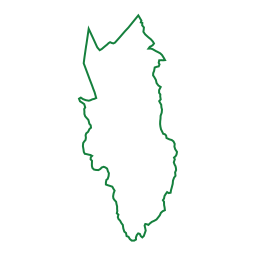 outline of Indaial, Santa Catarina, Brazil
{"feature_id": "56859067B42917214683646", "entity_name": "Indaial", "entity_type": "district", "adm_level": 2, "iso_a3": "BRA", "parent_name": "Brazil", "parent_adm1": "Santa Catarina", "projection": "equal_earth", "projection_center": [-49.223, -26.996], "detail": "fine", "context": "isolated", "style": "outline", "palette": "green", "viewbox_px": 256, "rotation_deg": 0, "n_neighbors": 0, "source": "geoboundaries", "source_scale": "gbopen_adm2", "svg_char_len": 2883}
<svg xmlns="http://www.w3.org/2000/svg" viewBox="0 0 256 256"><path d="M131.7,240.6L134.2,240.6L136.0,239.5L135.9,237.5L136.8,235.1L138.2,233.4L139.8,233.9L140.8,236.1L142.3,237.4L143.8,236.0L144.8,233.2L145.7,230.6L145.2,228.1L144.6,225.6L145.3,224.0L147.0,224.3L148.4,224.9L149.7,223.6L151.8,221.9L154.2,220.8L156.5,219.5L158.1,217.5L159.8,215.3L160.9,212.8L162.7,211.2L164.9,210.2L164.6,207.5L164.1,205.1L164.0,201.8L162.9,200.2L164.0,198.6L164.5,196.0L165.6,194.2L167.1,192.1L168.7,193.1L170.6,192.7L171.0,190.2L171.6,188.1L172.7,183.9L173.0,180.6L174.1,177.6L175.5,175.8L175.1,172.4L176.1,170.1L175.9,168.0L175.5,166.2L174.6,164.6L173.8,162.3L174.8,159.3L174.0,157.6L175.5,156.3L176.5,154.6L177.0,151.9L175.2,149.2L174.4,146.6L174.7,143.9L173.5,141.4L171.7,140.0L169.5,139.4L166.5,138.0L166.1,135.5L164.8,134.2L163.2,133.8L162.1,131.5L161.0,129.3L160.4,126.5L160.1,124.0L160.2,121.2L160.5,118.7L160.6,115.8L161.7,112.7L162.0,109.6L161.4,107.3L161.2,104.7L160.0,102.7L159.2,101.1L160.7,99.4L160.2,96.4L160.3,94.4L159.1,92.8L159.1,90.1L160.7,87.0L158.4,85.5L156.6,83.1L155.9,80.0L154.4,77.3L153.1,75.4L153.2,73.1L154.1,70.9L154.7,67.5L156.7,66.8L158.7,66.4L159.5,64.4L158.7,62.8L159.2,60.3L161.5,60.2L163.1,60.3L165.0,60.1L163.8,57.9L162.0,55.0L160.2,53.3L157.8,52.0L156.1,51.2L154.4,50.2L152.5,49.1L150.8,48.6L148.5,48.6L149.8,46.8L151.3,46.1L152.7,45.2L154.0,43.5L152.9,41.6L150.9,39.3L148.5,37.4L146.6,35.7L145.1,34.3L143.4,31.8L143.7,29.6L143.9,27.4L142.2,25.4L142.3,22.9L140.8,22.4L141.4,20.6L138.3,15.4L128.3,27.7L126.7,29.4L125.0,31.2L120.0,37.0L118.3,38.9L115.0,42.6L113.4,43.4L111.8,43.0L110.1,42.2L108.6,43.1L107.2,44.5L105.7,45.7L103.9,47.2L101.8,49.0L99.7,50.2L97.3,47.4L96.4,45.5L92.9,37.8L90.8,33.3L88.7,28.8L88.2,32.2L86.5,43.8L86.1,46.1L84.5,57.1L83.7,63.3L84.8,66.2L89.9,79.9L92.1,85.6L93.2,88.7L94.6,92.3L96.2,98.0L94.2,98.9L92.4,99.3L90.5,100.2L88.8,100.7L85.9,100.2L83.0,99.1L80.8,97.6L79.0,98.7L80.0,101.3L82.2,102.7L84.2,104.1L85.2,107.4L84.2,109.0L84.4,111.7L84.4,114.0L85.2,116.3L87.0,118.4L88.3,119.8L88.9,121.8L89.3,123.7L90.7,125.3L91.0,127.7L89.4,129.1L88.1,131.8L86.2,133.4L85.6,135.2L85.9,137.8L85.5,140.0L84.2,141.5L83.2,143.0L82.9,146.1L83.5,149.5L83.8,151.9L84.8,153.8L86.5,154.1L88.9,154.7L90.5,155.0L92.1,155.9L90.8,157.2L90.6,159.3L92.0,160.8L91.9,163.5L91.9,165.8L92.4,167.9L93.9,169.5L95.7,169.9L98.4,170.1L100.3,169.0L101.7,167.5L103.7,166.8L105.3,167.4L107.1,168.6L108.0,171.5L108.9,173.2L108.6,176.1L107.7,178.9L106.4,179.9L105.9,182.4L105.9,184.5L107.7,185.2L110.0,185.9L112.3,186.7L113.5,188.9L114.6,190.6L113.6,193.4L113.1,196.3L113.4,198.4L114.3,199.8L116.1,201.8L116.5,204.1L117.1,206.4L117.1,209.1L117.3,211.0L116.8,213.3L118.4,214.6L117.8,217.1L118.5,219.0L120.1,220.7L121.5,223.3L122.8,224.9L123.3,228.4L124.3,231.6L126.0,233.0L126.6,236.1L128.5,236.8L129.8,239.0L131.7,240.6Z" fill="none" stroke="#15803d" stroke-width="2"/></svg>